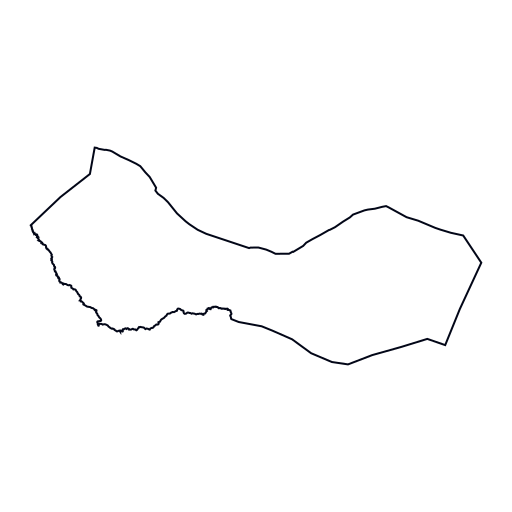 the district of Chuluunxoroot, Dornod, Mongolia
{"feature_id": "93677404B3333909760593", "entity_name": "Chuluunxoroot", "entity_type": "district", "adm_level": 2, "iso_a3": "MNG", "parent_name": "Mongolia", "parent_adm1": "Dornod", "projection": "orthographic", "projection_center": [114.964, 49.878], "detail": "fine", "context": "isolated", "style": "outline", "palette": "ink", "viewbox_px": 512, "rotation_deg": 0, "n_neighbors": 0, "source": "geoboundaries", "source_scale": "gbopen_adm2", "svg_char_len": 5826}
<svg xmlns="http://www.w3.org/2000/svg" viewBox="0 0 512 512"><path d="M445.2,345.1L459.8,309.1L481.3,262.7L463.2,235.5L450.9,232.8L440.3,229.6L435.3,227.9L418.2,220.7L406.6,217.2L388.7,207.4L386.1,206.1L382.3,206.8L374.9,208.7L367.8,209.6L364.4,210.4L353.0,214.6L349.9,217.4L343.1,221.6L335.0,227.2L329.7,229.9L329.0,230.0L320.1,235.1L312.5,239.1L306.2,242.7L303.2,245.9L293.2,251.9L292.6,251.7L289.1,253.7L275.5,253.8L271.5,251.8L266.2,249.6L258.3,247.5L250.5,247.6L249.1,248.1L206.2,233.8L197.7,229.8L189.3,224.2L185.6,221.3L177.0,213.4L168.0,202.2L163.6,197.9L157.9,193.8L155.4,190.6L156.1,187.7L149.7,177.0L145.3,172.3L140.3,166.2L136.3,163.8L129.0,160.2L120.4,156.4L112.2,151.5L110.0,150.6L106.0,149.8L104.7,149.9L98.6,148.8L96.8,147.9L94.7,147.6L89.9,174.0L60.5,197.0L30.7,225.3L30.8,225.6L31.6,226.2L31.5,227.1L31.9,227.7L32.0,228.4L31.9,228.9L32.2,229.2L32.3,230.0L32.8,230.3L32.7,231.3L33.2,231.7L33.1,232.1L33.5,232.5L33.7,233.1L34.0,233.5L34.1,233.9L34.7,233.4L34.8,233.7L34.6,234.2L35.6,234.4L35.8,234.9L36.3,234.8L36.5,234.4L37.1,234.6L37.2,234.8L37.1,235.2L37.4,235.5L37.5,236.3L37.7,236.5L37.0,236.5L36.9,236.9L37.3,236.9L37.4,237.1L37.2,237.5L37.9,238.3L38.4,238.6L38.5,239.3L39.1,240.0L38.9,240.5L38.7,240.6L39.6,241.1L40.3,241.1L40.9,241.6L41.3,242.1L41.3,242.7L41.8,242.5L42.1,242.6L42.1,243.2L42.6,243.5L42.5,244.1L42.7,244.3L45.4,245.1L46.0,246.0L46.1,246.5L46.0,247.1L46.3,247.5L46.2,247.9L46.6,248.7L46.9,248.9L47.5,248.9L47.7,249.6L48.4,249.8L50.0,252.0L50.5,252.4L50.9,253.2L51.8,254.7L51.4,255.7L51.7,256.1L51.8,256.7L52.1,256.9L52.2,257.0L51.9,257.4L51.9,257.8L51.4,258.3L51.7,258.6L51.5,259.1L51.9,259.4L51.9,259.7L51.6,260.0L51.3,260.1L51.3,260.3L51.7,260.4L52.3,261.6L52.3,261.9L52.1,262.4L52.3,262.8L52.5,263.5L53.9,264.8L54.0,265.4L54.0,265.8L54.3,266.4L54.9,266.8L54.9,267.0L54.7,267.6L55.1,267.9L55.0,268.2L54.5,268.6L54.2,269.1L54.4,269.5L54.5,270.0L54.9,270.9L54.9,271.4L55.6,271.5L55.9,272.5L56.5,273.4L56.3,273.9L56.9,274.4L56.7,274.8L56.2,275.0L56.3,275.4L57.9,276.4L57.9,277.1L58.2,277.3L58.5,277.7L58.9,277.7L58.9,278.1L58.6,278.5L59.6,279.1L59.5,280.0L59.2,280.7L59.2,280.9L59.7,281.7L60.5,282.2L60.5,282.6L61.3,282.5L61.8,282.9L62.1,283.0L62.7,283.6L62.7,284.1L63.0,284.4L63.3,284.5L63.7,283.6L64.7,284.0L65.9,284.0L67.7,285.1L68.9,285.3L69.6,285.0L71.0,285.6L71.3,285.9L71.3,287.7L73.2,288.9L73.4,289.4L73.9,289.5L74.5,289.3L75.4,289.6L75.8,290.0L76.1,290.8L76.6,291.5L77.2,292.0L77.5,292.9L78.0,293.5L78.2,294.2L79.0,294.7L79.5,295.4L79.7,296.4L80.6,296.7L81.1,297.5L81.1,297.9L81.0,298.5L80.5,299.1L80.3,300.0L79.9,300.5L80.8,300.7L80.9,300.9L80.9,301.4L81.4,301.4L81.9,301.6L83.7,303.3L83.9,303.6L83.9,303.9L83.4,304.0L83.3,304.3L83.4,304.5L85.2,305.4L87.1,306.6L90.3,307.1L90.7,307.3L91.4,307.9L93.0,308.2L94.0,309.0L94.6,309.4L94.7,310.0L95.5,310.2L95.5,310.7L95.6,310.8L95.7,310.2L95.9,310.0L96.4,310.2L96.5,310.5L96.4,311.1L96.1,312.3L96.2,312.6L97.1,313.5L97.4,314.1L97.4,314.7L97.7,315.3L98.5,316.0L98.8,316.7L99.6,317.8L100.1,318.1L100.7,318.9L101.0,319.4L101.2,320.3L101.0,320.7L100.6,321.0L99.8,321.0L99.0,321.4L98.2,321.2L97.5,321.5L97.3,321.8L97.3,322.4L98.0,323.9L97.8,324.5L98.8,326.4L98.7,325.4L98.8,324.7L99.3,323.9L101.2,323.9L101.8,324.0L102.6,324.6L104.3,324.2L105.2,324.3L106.5,324.8L107.9,325.6L108.3,326.3L108.6,326.6L109.9,327.5L110.1,327.8L111.4,328.5L112.1,328.8L112.6,328.5L114.0,329.1L114.4,329.4L114.5,329.9L114.8,330.1L115.8,330.6L116.6,331.3L117.6,331.3L118.4,330.8L118.7,330.8L119.7,330.9L120.3,331.8L120.3,331.5L120.1,330.9L120.2,330.5L120.9,330.6L121.2,330.9L122.0,330.9L122.3,331.4L122.6,331.5L122.8,331.2L122.5,330.6L122.9,330.0L123.0,329.8L122.8,329.5L123.0,329.2L123.8,329.3L124.5,328.7L125.2,328.6L125.4,328.4L126.6,329.0L127.0,328.4L127.4,328.2L128.0,328.3L128.6,328.9L129.0,329.0L129.1,329.6L131.0,329.6L132.6,328.8L132.9,328.8L134.0,329.5L135.1,329.4L135.6,329.6L136.1,330.2L136.4,330.3L137.2,329.7L138.0,328.4L138.7,327.8L138.8,327.3L139.1,327.0L139.8,327.2L140.4,326.9L141.6,327.2L143.6,327.5L144.0,327.7L145.4,329.1L146.6,328.5L148.2,328.9L149.0,329.4L149.7,329.6L150.3,328.6L150.8,328.3L152.1,327.8L152.7,327.9L153.6,327.1L154.3,325.9L155.1,325.6L156.3,324.5L157.4,324.6L158.2,324.4L158.7,323.7L158.4,322.4L158.4,322.2L160.1,321.6L160.4,320.8L161.1,319.7L161.9,319.1L164.1,317.8L165.2,316.5L166.5,315.6L166.9,314.6L167.5,313.9L167.8,313.7L170.0,313.5L171.3,312.5L171.9,312.4L172.5,312.0L174.1,312.1L176.0,311.0L176.7,310.9L176.9,310.8L177.1,310.3L177.1,309.7L177.2,309.4L178.0,308.6L178.7,308.6L180.1,309.0L181.3,310.1L183.1,310.6L183.5,311.0L183.6,311.3L183.5,312.0L183.9,313.2L184.6,313.8L185.9,313.7L187.4,312.6L188.4,312.6L188.9,312.7L189.4,313.0L190.3,313.0L191.6,313.7L192.4,313.3L192.9,313.4L194.6,313.7L196.1,314.4L197.3,313.9L198.2,314.0L199.5,313.6L200.8,313.8L201.6,313.6L201.8,313.7L202.1,314.3L203.1,314.8L203.4,314.8L203.5,313.9L203.8,313.8L204.2,313.6L204.9,313.6L205.3,313.3L206.4,311.4L206.8,311.1L206.4,310.6L206.3,310.2L206.4,309.9L206.7,309.7L207.5,309.4L207.6,308.7L208.0,308.7L208.5,308.1L209.0,308.0L209.3,308.3L209.4,308.8L210.2,309.2L210.6,309.2L210.8,308.6L211.2,307.7L211.9,307.3L212.6,307.2L213.0,307.5L213.4,307.3L213.4,306.8L214.4,306.8L214.9,306.7L215.7,306.9L215.9,306.6L216.0,306.6L216.6,307.0L217.3,307.0L217.7,307.1L218.6,308.2L218.9,308.2L219.3,308.0L219.9,308.1L220.2,308.3L220.6,308.1L221.9,308.8L222.2,308.5L223.2,308.5L224.3,308.9L224.9,308.6L225.5,309.0L226.8,308.7L227.5,308.7L227.9,309.0L227.9,309.4L227.7,309.6L227.7,309.9L229.2,310.0L230.4,310.5L230.5,311.4L230.8,311.8L230.8,312.4L231.4,313.4L231.3,314.3L230.9,314.8L230.4,315.1L230.2,315.4L230.4,315.9L230.4,316.2L230.9,317.1L231.1,318.7L231.4,319.1L238.7,322.0L261.7,326.3L272.3,330.6L292.1,339.3L311.1,353.2L331.8,362.0L348.0,364.4L372.2,355.1L401.7,346.8L427.3,338.9L445.2,345.1Z" fill="none" stroke="#020617" stroke-width="2"/></svg>